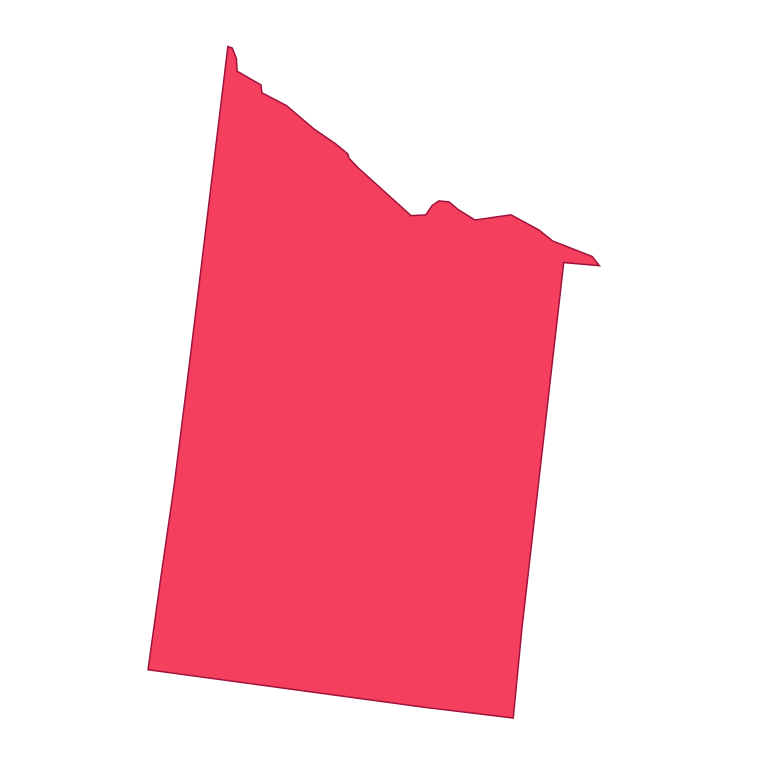 Cheboygan, Michigan, United States of America, rotated 7°
{"feature_id": "52423323B47673888365114", "entity_name": "Cheboygan", "entity_type": "district", "adm_level": 2, "iso_a3": "USA", "parent_name": "United States of America", "parent_adm1": "Michigan", "projection": "albers", "projection_center": [-84.497, 45.493], "detail": "fine", "context": "isolated", "style": "filled", "palette": "rose", "viewbox_px": 768, "rotation_deg": 7, "n_neighbors": 0, "source": "geoboundaries", "source_scale": "gbopen_adm2", "svg_char_len": 609}
<svg xmlns="http://www.w3.org/2000/svg" viewBox="0 0 768 768"><g transform="rotate(7 384 384)"><path d="M583.4,240.3L575.1,232.1L533.9,221.5L519.3,212.4L489.4,200.6L454.3,210.1L436.3,201.8L426.3,195.3L416.0,195.6L410.0,201.0L404.9,210.9L404.8,211.1L390.3,213.6L380.0,206.3L363.0,194.4L332.4,172.9L321.7,164.1L320.1,160.1L306.5,151.4L283.2,139.3L253.3,119.6L227.3,109.8L225.5,102.2L200.1,91.4L197.9,79.1L192.5,69.1L187.9,68.0L188.4,322.1L188.4,415.0L188.1,509.6L186.1,602.6L184.6,696.4L462.4,700.0L553.0,699.8L550.7,610.4L547.6,241.6L583.4,240.3Z" fill="#f43f5e" stroke="#9f1239" stroke-width="1.5"/></g></svg>